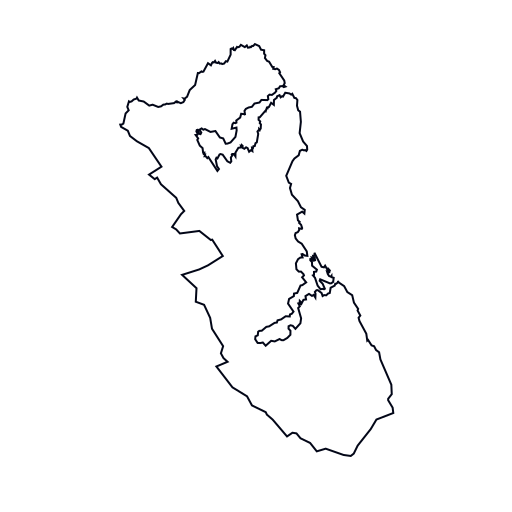 Halsa nor, Møre og Romsdal, Norway, rotated 82°
{"feature_id": "86288312B43880270832618", "entity_name": "Halsa nor", "entity_type": "district", "adm_level": 2, "iso_a3": "NOR", "parent_name": "Norway", "parent_adm1": "Møre og Romsdal", "projection": "mercator", "projection_center": [8.399, 63.103], "detail": "fine", "context": "isolated", "style": "outline", "palette": "ink", "viewbox_px": 512, "rotation_deg": 82, "n_neighbors": 0, "source": "geoboundaries", "source_scale": "gbopen_adm2", "svg_char_len": 6036}
<svg xmlns="http://www.w3.org/2000/svg" viewBox="0 0 512 512"><g transform="rotate(82 256 256)"><path d="M430.6,141.9L425.2,141.8L417.2,145.2L415.8,145.0L411.7,140.8L402.3,139.9L375.7,147.2L368.5,147.5L365.8,150.2L361.8,151.6L360.6,154.0L354.7,156.7L355.3,157.6L348.3,157.6L334.8,162.6L331.4,163.0L329.5,161.0L324.1,163.0L322.6,162.2L315.8,165.5L308.2,166.2L304.4,170.6L298.1,172.9L293.6,177.9L292.1,178.3L293.5,178.5L294.7,180.5L294.5,181.4L296.3,182.2L297.8,186.5L302.9,188.1L303.2,189.9L304.7,191.9L304.2,194.0L304.9,195.6L301.8,196.2L298.4,199.6L298.3,200.9L299.8,202.7L301.7,202.3L305.4,203.0L302.5,204.3L303.3,206.1L300.9,208.8L302.6,212.6L306.0,212.5L306.0,215.1L310.1,218.0L309.4,219.3L307.3,218.4L306.6,218.9L308.6,219.3L308.8,220.7L311.9,219.6L313.4,221.5L324.0,220.0L328.8,221.4L333.6,227.1L330.3,229.3L329.4,231.4L330.1,233.5L332.5,233.9L334.8,232.3L338.8,232.9L341.5,236.4L343.2,240.5L342.9,242.4L341.5,244.2L343.2,249.3L342.1,252.8L346.2,258.9L342.6,261.3L342.8,263.9L342.3,266.5L338.3,268.4L335.5,267.7L334.8,265.3L331.3,264.4L330.6,263.1L330.8,260.7L327.6,255.6L327.5,252.8L324.8,246.9L324.8,244.6L322.7,243.6L322.3,240.0L319.8,235.0L320.6,231.0L318.6,230.5L318.2,228.6L316.3,226.6L307.6,230.9L303.1,229.2L301.0,224.1L298.5,223.6L298.3,220.3L291.4,216.0L291.3,214.2L289.1,210.0L283.5,213.3L281.9,211.2L280.6,211.5L277.7,213.6L277.4,215.8L274.7,217.8L268.8,217.5L265.0,214.8L263.7,212.3L263.9,210.1L260.6,210.6L260.5,209.6L262.3,207.7L263.0,205.1L258.5,205.1L250.2,209.0L247.5,212.3L244.1,214.3L240.8,214.6L238.8,213.6L238.2,211.3L236.3,209.6L234.6,209.5L235.5,206.9L234.8,206.4L231.4,207.0L229.2,208.7L228.3,208.0L226.5,209.5L220.7,209.6L218.5,204.1L220.7,202.2L217.1,201.3L214.0,204.7L207.5,206.9L200.3,211.9L193.4,212.9L189.5,211.2L187.9,213.3L180.8,214.9L167.2,206.7L164.8,204.4L162.2,199.7L158.0,197.9L157.2,195.4L158.1,193.7L157.9,192.6L159.0,191.5L157.8,190.5L154.2,190.2L149.2,193.4L140.4,195.7L129.4,192.9L119.2,192.3L117.6,193.9L112.9,194.5L107.3,193.3L105.2,194.5L104.8,196.0L100.4,197.5L101.1,198.7L99.7,200.2L98.4,204.3L101.9,207.1L101.4,207.9L102.3,209.5L100.0,210.3L100.8,212.9L102.2,213.4L104.0,216.5L108.8,217.3L106.4,219.7L110.2,222.4L110.3,223.5L111.2,223.9L110.7,224.6L113.9,226.2L113.5,226.5L119.1,232.9L119.1,234.1L121.5,234.5L123.3,233.1L124.9,233.8L126.4,232.8L130.4,233.6L131.6,234.6L130.8,235.2L132.2,235.3L131.9,236.1L132.9,237.2L135.4,236.8L143.6,239.4L144.2,240.8L146.9,241.9L146.9,243.3L148.7,244.0L148.2,244.9L151.6,245.0L150.5,246.2L151.8,248.3L148.0,249.3L147.0,250.7L148.2,252.6L146.7,254.7L145.3,255.2L145.9,254.2L145.2,253.9L144.0,254.8L146.4,256.3L146.4,258.4L150.7,261.9L154.5,262.5L151.9,263.7L151.7,265.4L152.6,266.4L152.2,264.7L155.0,267.2L158.9,267.3L160.1,268.6L158.2,271.2L151.0,274.9L150.1,277.0L150.4,278.0L154.0,280.6L153.2,281.5L154.7,282.5L161.7,282.1L164.7,280.6L166.4,282.4L151.4,289.4L152.3,290.6L150.0,292.1L150.0,293.0L148.2,292.2L147.8,293.4L146.4,292.8L146.3,294.0L141.7,293.9L138.9,296.3L132.9,298.0L131.5,296.9L127.8,298.9L127.8,297.2L127.1,296.7L124.3,297.7L123.2,297.2L123.6,296.2L122.0,296.6L127.1,295.1L127.6,294.0L126.2,293.0L123.0,294.3L122.1,292.1L123.6,290.6L123.2,288.9L126.8,283.8L126.6,278.8L133.6,275.3L135.0,272.1L140.6,270.4L140.7,268.6L140.0,265.4L135.2,259.8L129.0,257.7L126.1,257.5L126.6,262.4L122.3,261.0L120.9,259.6L121.6,257.9L121.2,256.8L119.1,256.7L116.7,252.4L113.1,250.9L114.0,247.6L114.9,247.2L110.7,247.2L108.9,245.6L107.9,242.6L107.7,239.3L104.8,236.3L104.5,231.2L102.2,228.9L103.2,223.1L102.5,222.0L99.3,222.0L98.1,220.2L98.7,217.8L96.8,214.3L95.4,212.9L93.6,213.2L93.1,210.1L91.3,208.6L91.4,206.2L92.6,205.0L92.3,203.3L90.7,204.9L88.8,203.5L86.2,203.6L78.2,207.5L77.4,206.6L74.9,207.4L73.3,209.2L73.7,211.0L73.0,212.9L71.4,212.2L71.0,213.6L65.4,216.0L64.4,217.8L61.2,219.6L58.5,218.7L56.8,219.8L53.4,219.3L52.4,222.3L48.6,223.6L46.0,227.6L47.6,229.5L47.4,230.6L48.4,231.8L48.0,232.6L48.6,233.1L48.6,235.0L46.2,235.8L47.6,238.0L44.8,241.6L46.5,243.3L46.8,245.0L46.3,245.7L49.3,248.3L48.9,249.3L46.8,249.6L47.6,250.6L47.1,251.4L47.5,252.3L53.1,253.1L59.5,257.3L58.9,258.7L61.0,260.8L61.2,262.8L60.5,263.5L60.4,265.1L58.8,266.0L59.6,267.0L59.0,268.7L57.1,269.4L58.5,270.9L58.0,271.8L58.6,272.6L60.9,274.1L58.4,276.7L66.1,282.4L66.2,283.7L65.6,284.3L67.0,287.0L66.7,288.1L78.2,292.5L82.4,298.5L88.7,302.1L90.3,304.9L90.0,305.7L91.5,304.8L93.5,306.5L94.2,309.2L92.3,312.3L92.9,312.5L92.7,313.3L92.0,313.3L92.0,312.1L91.7,313.4L93.2,315.9L93.2,321.7L92.7,323.3L93.3,324.8L93.2,326.7L94.6,329.2L94.8,332.1L91.8,337.3L92.2,340.8L87.4,345.7L85.7,350.5L82.6,351.8L83.5,352.4L84.0,355.3L85.6,357.7L85.9,359.6L85.2,360.3L90.4,362.7L94.0,361.8L96.7,365.3L106.4,368.9L107.1,370.3L107.0,372.1L109.4,371.6L114.1,365.5L119.6,364.1L125.8,358.0L134.2,347.1L154.4,337.2L160.5,350.6L165.8,345.6L164.6,343.0L171.8,340.1L187.3,326.9L192.7,325.5L201.4,320.8L204.2,324.5L215.6,335.0L218.5,331.4L223.1,328.2L223.3,308.6L233.9,298.5L233.7,297.1L251.4,288.9L258.6,304.9L261.4,314.1L264.4,331.8L279.6,319.4L292.9,322.0L297.1,314.2L310.9,310.0L321.9,309.7L340.7,301.1L347.5,304.3L352.6,302.4L356.8,298.9L359.9,310.6L382.8,297.6L393.7,284.4L403.4,280.8L412.0,268.1L414.6,267.3L420.3,262.3L439.0,250.4L436.1,244.5L437.3,240.6L442.7,237.3L448.7,228.4L457.9,223.0L456.5,213.8L465.2,197.0L467.2,190.0L465.3,186.7L457.9,181.7L443.4,166.5L434.7,159.5L430.6,141.9ZM292.4,183.2L288.4,182.1L287.5,184.1L286.2,184.0L286.9,184.6L286.0,186.4L283.9,187.4L281.5,187.8L282.5,186.2L282.2,185.6L281.4,185.6L280.8,184.9L280.5,185.0L279.2,185.9L280.4,186.1L279.9,187.1L275.2,188.9L276.7,190.3L275.8,192.6L260.9,197.7L263.5,197.6L263.5,198.5L264.6,198.8L264.2,199.4L265.8,199.3L265.2,201.0L266.6,200.6L266.3,199.6L266.9,199.4L266.3,198.2L268.4,198.1L268.7,199.5L266.7,201.4L266.6,202.6L267.8,202.8L269.8,201.4L273.4,201.8L278.0,197.6L279.8,198.5L279.8,200.8L282.8,201.2L283.1,202.3L285.8,200.6L293.9,199.1L297.9,196.7L297.8,194.8L298.4,193.2L298.0,192.4L292.7,193.9L289.4,196.4L288.0,195.7L293.4,186.6L293.5,185.3L292.4,183.2Z" fill="none" stroke="#020617" stroke-width="2"/></g></svg>